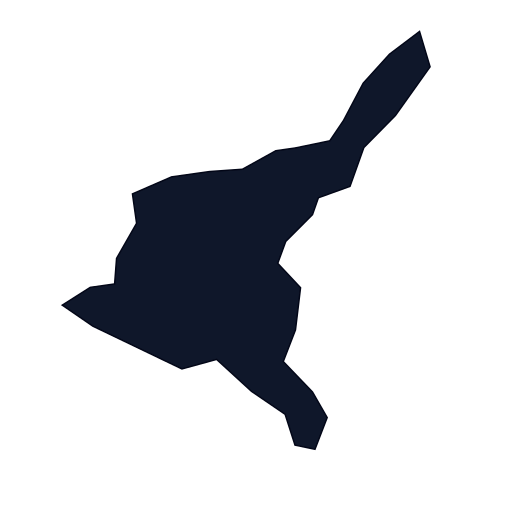 outline of Luqa, rotated 262°
{"feature_id": "MLT-5964", "entity_name": "Luqa", "entity_type": "state/province", "adm_level": 1, "iso_a3": "MLT", "parent_name": "Malta", "parent_adm1": "", "projection": "robinson", "projection_center": [14.484, 35.851], "detail": "fine", "context": "isolated", "style": "filled", "palette": "ink", "viewbox_px": 512, "rotation_deg": 262, "n_neighbors": 0, "source": "natural_earth", "source_scale": "10m", "svg_char_len": 608}
<svg xmlns="http://www.w3.org/2000/svg" viewBox="0 0 512 512"><g transform="rotate(262 256 256)"><path d="M154.5,166.9L209.2,84.7L234.3,57.3L248.0,87.5L248.0,112.1L273.1,117.6L305.0,142.3L334.7,142.3L346.1,183.4L346.1,221.7L343.8,254.6L357.5,290.3L357.5,309.4L359.8,345.1L378.0,361.5L412.2,386.2L437.3,416.3L455.6,449.2L419.1,454.7L375.7,413.6L348.4,377.9L311.9,358.8L305.0,325.9L289.1,317.7L266.3,287.5L245.7,276.5L218.4,295.7L177.3,284.8L147.7,268.3L113.5,293.0L86.1,304.0L56.4,287.5L63.3,268.3L95.2,262.8L122.6,232.7L159.1,202.6L154.5,166.9Z" fill="#0f172a" stroke="#020617" stroke-width="1.5"/></g></svg>